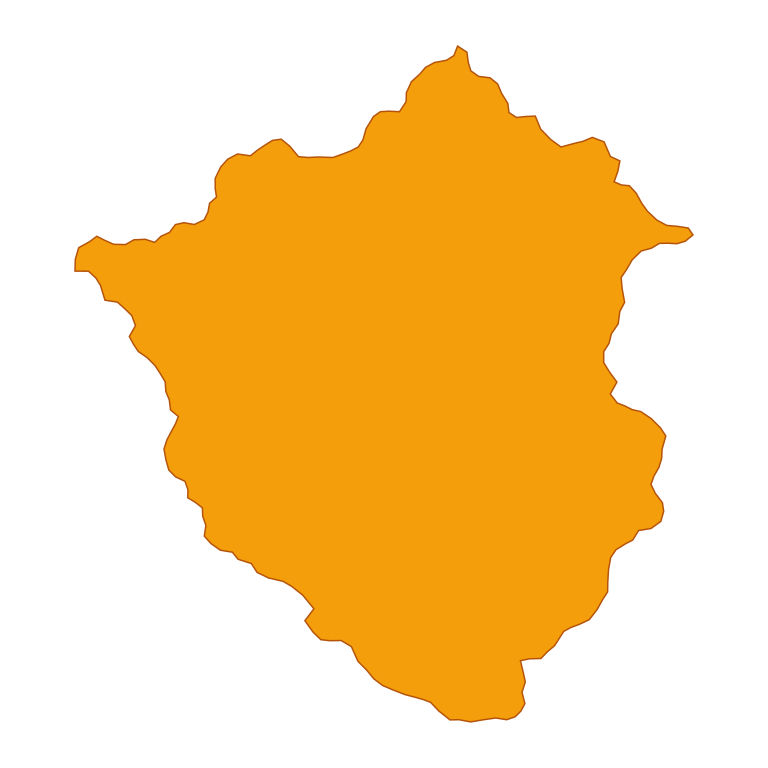 the district of Senhora do Porto, Minas Gerais, Brazil
{"feature_id": "56859067B27680733127360", "entity_name": "Senhora do Porto", "entity_type": "district", "adm_level": 2, "iso_a3": "BRA", "parent_name": "Brazil", "parent_adm1": "Minas Gerais", "projection": "albers", "projection_center": [-43.08, -18.914], "detail": "fine", "context": "isolated", "style": "filled", "palette": "amber", "viewbox_px": 768, "rotation_deg": 0, "n_neighbors": 0, "source": "geoboundaries", "source_scale": "gbopen_adm2", "svg_char_len": 2714}
<svg xmlns="http://www.w3.org/2000/svg" viewBox="0 0 768 768"><path d="M405.1,694.6L416.0,697.5L423.7,699.7L430.7,702.4L438.9,711.1L450.0,719.9L458.8,719.7L470.7,721.9L483.8,719.7L495.8,718.0L506.7,719.7L515.1,716.8L520.9,711.1L524.9,703.6L522.0,692.4L525.3,681.9L523.3,672.7L520.4,660.7L529.5,658.8L540.9,658.5L547.2,651.9L554.5,645.8L559.5,638.0L563.7,631.4L570.6,627.6L579.2,624.4L589.2,619.7L597.0,609.7L602.8,599.3L607.6,591.9L607.8,581.9L608.5,569.7L610.7,557.5L616.0,549.7L625.8,543.6L632.8,540.0L638.6,530.5L651.0,528.5L660.8,521.4L663.7,511.3L662.4,502.7L655.2,493.2L651.0,484.4L653.9,476.1L658.9,467.4L661.6,458.6L662.1,449.1L665.8,436.0L660.5,427.9L651.3,418.7L640.8,411.6L632.1,409.6L625.0,406.0L617.2,403.0L610.3,394.0L616.9,382.1L609.3,371.7L603.7,362.6L603.7,351.7L609.0,343.4L611.4,333.8L618.2,323.8L619.8,311.5L624.6,302.4L622.2,289.0L621.1,277.6L626.7,269.3L632.2,259.8L641.2,251.0L651.6,248.1L659.3,243.4L667.5,243.2L677.0,243.7L685.3,241.2L693.0,234.9L688.2,228.0L677.0,226.3L666.7,225.4L656.9,220.1L647.4,211.2L641.7,203.2L636.2,193.2L629.3,185.7L621.5,185.0L614.1,181.8L617.8,171.5L619.9,160.9L610.4,156.5L604.1,141.9L592.3,137.4L582.8,141.4L573.8,143.5L561.0,147.0L550.7,139.5L540.7,129.2L535.3,116.1L525.8,116.5L516.5,117.5L509.0,112.6L507.8,103.4L501.6,93.4L497.6,83.9L490.0,77.8L478.6,76.4L470.8,70.8L468.3,62.5L466.9,52.2L457.6,46.1L453.9,55.6L446.4,60.3L434.5,62.5L425.5,67.4L420.0,73.9L411.4,81.7L406.4,92.7L406.1,101.7L399.5,111.7L388.7,111.2L380.4,111.7L373.5,116.5L366.1,128.7L362.9,140.0L358.2,147.0L350.8,150.9L343.0,153.9L333.0,157.5L317.9,157.0L308.5,157.5L298.5,156.7L289.8,146.2L281.2,139.2L272.5,140.4L265.9,144.5L258.2,149.6L250.4,155.8L237.5,154.0L227.7,159.2L220.7,167.0L215.2,178.4L215.2,188.4L216.5,197.1L209.6,203.2L208.0,212.0L204.2,219.8L194.4,224.5L183.9,222.7L175.4,224.6L169.5,232.4L161.0,236.3L154.7,242.4L145.3,239.3L133.9,239.8L125.5,244.6L113.6,244.3L104.5,240.2L96.8,236.3L89.7,241.6L78.7,247.7L75.3,259.4L75.0,271.1L88.5,271.2L95.9,278.0L100.5,285.5L105.0,300.2L117.4,302.1L125.1,309.0L131.8,315.6L135.5,325.7L129.3,336.5L133.8,344.8L138.4,351.6L146.9,357.4L155.0,365.5L160.1,373.3L165.2,381.8L165.9,391.6L169.3,399.9L170.5,409.9L178.4,416.5L175.4,424.0L171.0,432.1L166.9,439.9L164.0,449.1L165.9,459.6L168.8,470.0L175.6,476.9L185.0,481.3L187.9,489.6L187.8,497.8L195.3,502.3L202.4,507.9L202.7,516.2L205.9,525.4L204.3,536.1L210.9,543.5L220.3,550.2L232.4,552.2L238.1,559.3L251.3,563.5L257.1,572.4L268.6,578.0L282.9,581.3L291.6,586.3L302.8,595.2L313.9,608.8L304.9,620.7L313.1,632.2L320.9,639.7L329.9,640.7L341.1,640.5L351.4,646.6L358.0,661.4L366.5,669.9L373.8,678.8L382.6,685.5L392.4,689.7L405.1,694.6Z" fill="#f59e0b" stroke="#b45309" stroke-width="1.5"/></svg>